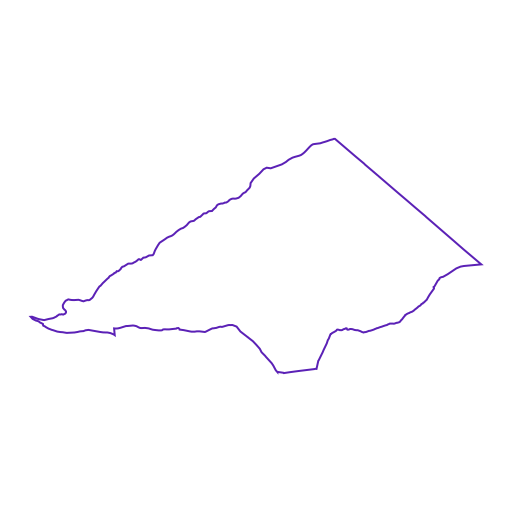 Ixtenco, Tlaxcala, Mexico (orthographic projection)
{"feature_id": "50627088B21449588442490", "entity_name": "Ixtenco", "entity_type": "district", "adm_level": 2, "iso_a3": "MEX", "parent_name": "Mexico", "parent_adm1": "Tlaxcala", "projection": "orthographic", "projection_center": [-97.922, 19.26], "detail": "fine", "context": "isolated", "style": "outline", "palette": "violet", "viewbox_px": 512, "rotation_deg": 0, "n_neighbors": 0, "source": "geoboundaries", "source_scale": "gbopen_adm2", "svg_char_len": 6043}
<svg xmlns="http://www.w3.org/2000/svg" viewBox="0 0 512 512"><path d="M425.3,216.1L414.8,207.2L407.6,201.0L398.3,193.1L375.7,173.7L364.9,164.5L364.2,163.7L355.7,156.6L343.9,146.5L335.0,138.9L333.8,138.9L332.6,139.4L330.1,140.0L327.5,141.0L324.7,141.9L322.9,142.4L320.2,143.3L315.4,143.9L313.9,144.1L312.7,144.4L311.3,145.3L309.7,146.8L308.3,148.3L306.2,150.6L304.2,152.6L302.6,153.9L301.0,155.0L299.2,155.7L294.8,156.9L292.4,157.7L288.6,159.8L285.9,162.0L281.8,164.4L270.7,168.3L266.7,167.7L263.5,169.3L259.3,173.8L253.8,178.5L250.6,183.1L250.4,185.4L250.3,186.1L249.7,187.6L249.0,188.4L247.6,189.8L247.2,190.2L246.9,190.5L246.5,191.0L246.2,191.5L245.6,192.0L245.1,192.4L244.3,192.7L243.1,193.4L242.1,194.4L240.7,196.1L238.6,197.8L235.9,198.6L234.5,198.7L233.9,198.6L232.9,198.6L231.8,198.8L230.4,199.4L229.0,200.4L228.5,201.1L227.2,202.0L226.5,202.4L225.9,202.6L225.3,202.6L224.7,202.6L223.9,203.1L222.9,203.4L222.1,203.6L221.2,203.5L218.4,204.3L217.2,205.1L216.5,206.1L215.8,207.4L214.0,208.9L212.8,210.1L212.0,211.0L209.1,211.2L208.0,211.8L206.9,212.8L206.0,213.3L204.9,213.3L203.5,213.6L202.5,214.7L201.6,215.5L201.0,216.1L200.3,216.8L198.8,217.1L195.6,219.3L194.1,220.7L193.2,221.0L191.8,221.2L190.5,221.5L189.0,222.5L186.7,225.2L185.0,226.6L183.2,227.9L180.9,228.7L178.6,230.1L176.3,231.9L175.2,233.0L173.7,234.4L172.2,235.5L170.7,236.2L169.4,236.6L167.2,237.6L164.7,239.4L159.7,242.7L158.0,245.2L155.5,249.5L154.7,251.2L154.1,252.9L153.6,254.1L152.7,255.2L149.0,255.5L146.0,257.2L144.9,257.5L143.7,257.6L143.3,257.7L143.0,258.0L141.6,259.3L141.1,259.8L140.8,259.9L140.5,259.9L139.7,259.3L138.9,259.2L138.5,259.3L136.7,260.9L135.4,261.8L133.9,262.5L132.8,263.2L132.0,263.5L130.7,263.6L128.7,263.6L128.1,263.7L124.0,266.3L122.3,266.8L121.1,268.1L120.8,268.9L120.0,269.6L119.9,269.8L119.6,270.1L118.8,270.8L118.1,271.2L117.6,271.3L116.7,271.2L115.7,272.6L115.1,272.8L114.4,272.9L114.1,273.4L113.5,273.9L112.4,274.6L110.8,275.6L109.8,276.1L109.1,276.9L108.7,277.7L107.9,278.3L106.9,279.2L103.9,282.1L102.9,283.0L100.5,285.8L99.5,286.4L98.7,287.5L96.3,291.1L94.2,294.7L93.2,296.6L92.3,297.8L89.6,300.0L88.8,300.2L87.3,300.1L85.7,300.5L83.5,301.3L81.9,300.9L80.0,300.2L78.5,299.8L73.9,300.1L71.7,300.0L70.2,299.8L68.4,299.4L67.6,299.7L66.8,300.2L65.7,300.7L64.5,302.2L63.8,303.3L62.9,305.0L62.8,305.9L62.9,306.9L63.1,308.0L64.4,309.6L65.1,310.1L66.0,311.4L66.0,312.4L65.7,313.0L65.1,313.7L63.1,314.6L62.5,314.4L61.8,314.2L60.6,314.5L59.7,314.4L59.1,314.5L58.5,315.0L57.6,315.5L57.1,315.8L57.0,316.1L56.1,316.7L55.2,317.1L54.3,317.6L52.8,318.2L48.6,319.0L44.2,320.1L42.9,319.9L38.8,319.1L37.2,318.6L34.8,317.7L32.0,316.7L30.7,316.8L32.6,318.9L36.0,320.6L37.3,320.9L38.4,321.3L39.2,321.8L40.0,322.5L41.3,323.1L42.9,323.9L43.2,325.6L44.9,326.4L46.0,327.2L48.5,328.6L50.4,329.3L51.6,329.8L53.1,330.2L57.3,331.6L60.8,332.1L62.6,332.2L64.9,332.6L66.7,332.9L74.4,332.5L75.6,332.3L77.4,332.0L78.7,331.7L79.9,331.4L82.1,331.2L83.5,331.1L85.5,330.3L88.5,329.9L100.3,332.0L102.5,332.3L103.2,332.4L107.5,332.5L109.5,332.9L110.5,333.1L113.4,334.3L114.0,334.6L114.7,335.1L114.1,328.4L115.3,328.5L116.4,328.5L117.9,328.4L120.4,327.8L125.8,326.1L126.8,326.0L127.7,326.0L132.9,325.5L133.9,325.6L135.4,325.9L136.5,326.2L138.7,327.4L140.2,328.0L141.5,328.1L144.9,327.9L148.0,328.3L149.0,328.5L150.4,329.0L152.7,329.7L155.0,330.0L158.7,330.4L161.2,330.4L162.1,330.2L162.8,329.7L163.2,329.4L163.7,329.4L164.7,329.3L166.9,329.4L169.1,329.4L170.8,329.2L176.3,328.6L176.8,328.2L177.1,328.1L177.7,328.1L178.3,328.0L179.1,328.6L179.7,329.3L179.7,329.6L183.6,330.1L189.9,331.4L191.8,331.7L192.6,331.7L194.5,331.7L197.0,331.3L199.2,331.3L204.9,332.0L205.7,331.7L209.0,330.0L210.6,329.2L212.3,328.4L213.6,328.3L216.3,327.9L218.9,327.0L220.3,326.7L221.7,326.9L222.5,326.8L224.5,326.2L227.9,325.2L229.1,325.0L230.2,325.1L232.2,325.0L232.7,325.1L236.6,326.6L240.4,331.5L252.9,341.2L256.3,344.8L259.8,348.8L261.6,352.3L265.2,355.9L265.7,356.6L271.7,363.2L273.3,365.6L275.8,370.3L277.4,372.1L277.4,371.9L281.6,372.5L283.5,372.8L283.8,373.1L289.7,372.2L297.9,371.1L314.2,369.1L315.6,368.8L316.5,368.9L318.3,360.8L318.7,360.3L321.3,355.0L322.6,352.4L323.6,350.0L326.1,344.8L326.8,343.3L327.8,340.2L328.8,338.6L330.3,334.7L330.7,334.0L331.1,334.0L331.6,333.5L332.2,333.0L334.1,332.0L335.8,331.0L336.4,330.5L336.8,329.9L337.0,329.7L337.4,329.6L337.8,329.6L338.8,329.8L339.6,330.1L341.4,330.2L342.3,330.0L343.5,329.2L343.9,329.1L344.9,328.9L345.5,328.4L346.0,328.3L346.4,328.3L346.6,328.3L346.7,328.5L346.9,328.9L347.2,329.5L347.6,329.7L348.1,329.7L349.0,329.5L350.0,329.0L350.4,329.0L351.0,329.0L352.5,329.2L353.9,329.7L354.4,329.9L356.2,330.2L357.4,330.2L358.3,330.4L359.3,330.8L360.5,331.2L361.4,331.7L362.0,332.0L362.6,332.2L363.4,332.4L363.7,332.5L364.2,332.2L365.4,332.1L366.3,331.9L367.1,331.6L368.6,331.0L368.9,330.9L370.0,330.8L372.6,330.0L374.2,329.4L374.7,329.1L375.8,328.7L376.8,328.2L377.6,328.1L380.2,327.1L381.7,326.7L383.3,326.1L385.4,325.4L387.0,325.0L387.7,324.5L388.9,324.1L389.3,323.8L389.8,323.6L393.0,323.6L393.3,323.7L394.5,323.6L395.0,323.4L396.6,322.8L397.2,322.8L399.0,322.3L399.9,321.8L400.2,321.4L400.9,320.5L401.4,319.9L401.8,319.6L402.2,319.2L402.7,318.4L403.2,317.8L404.1,316.6L404.5,316.1L404.9,315.8L405.0,315.6L405.2,315.1L405.3,314.9L405.6,314.8L405.8,314.8L406.8,314.0L407.5,313.7L408.2,313.3L409.4,312.9L410.0,312.5L410.3,312.3L411.3,312.0L412.3,311.6L413.9,310.5L414.4,310.0L414.8,309.6L415.5,309.1L416.5,308.3L417.4,307.6L418.5,306.5L419.4,306.0L420.0,305.7L420.4,305.4L421.2,304.4L421.5,304.0L422.7,303.5L422.9,303.3L423.2,302.8L423.4,302.6L423.9,302.5L425.5,300.9L425.9,300.5L426.8,299.7L427.2,298.9L428.3,296.9L429.8,294.4L433.9,288.7L434.0,288.3L434.0,288.1L433.8,287.8L433.7,287.5L433.6,287.3L433.6,287.0L434.1,286.8L434.7,286.0L436.7,282.5L437.6,280.9L437.9,280.5L438.9,279.6L439.2,279.4L439.3,279.1L439.4,278.5L439.7,278.0L440.6,277.5L441.2,277.2L443.1,276.8L447.7,274.2L456.3,268.4L460.6,266.6L463.9,266.0L473.5,265.1L481.3,264.4L463.1,249.0L453.0,240.2L426.2,217.0L425.3,216.1Z" fill="none" stroke="#5b21b6" stroke-width="2"/></svg>